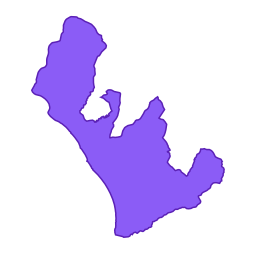 Suai, Cova Lima, East Timor (Albers equal-area conic projection), rotated 92°
{"feature_id": "22284137B60263836524270", "entity_name": "Suai", "entity_type": "district", "adm_level": 2, "iso_a3": "TLS", "parent_name": "East Timor", "parent_adm1": "Cova Lima", "projection": "albers", "projection_center": [125.311, -9.25], "detail": "fine", "context": "isolated", "style": "filled", "palette": "violet", "viewbox_px": 256, "rotation_deg": 92, "n_neighbors": 0, "source": "geoboundaries", "source_scale": "gbopen_adm2", "svg_char_len": 5886}
<svg xmlns="http://www.w3.org/2000/svg" viewBox="0 0 256 256"><g transform="rotate(92 128 128)"><path d="M158.2,32.7L156.4,33.7L155.9,34.2L154.9,37.3L153.7,39.7L150.2,41.6L148.5,42.9L147.5,44.2L146.7,45.9L146.8,48.5L146.5,49.8L146.0,51.0L146.4,52.5L146.5,54.6L148.6,54.9L149.8,55.5L150.9,56.2L151.8,57.9L152.2,58.2L154.7,58.9L156.0,60.3L156.7,60.3L157.1,60.1L157.2,60.6L157.4,60.8L159.0,60.4L159.7,60.8L163.5,62.1L164.8,62.1L165.6,63.0L166.5,63.5L167.2,64.2L169.3,64.8L170.2,65.7L171.6,66.4L173.2,66.7L174.0,67.7L174.0,68.0L172.2,70.1L170.2,73.1L168.5,74.1L168.2,74.5L167.9,75.4L167.9,76.5L168.9,79.1L168.8,79.4L165.5,82.6L165.0,83.7L163.7,85.2L161.0,87.4L159.8,87.2L155.2,85.0L154.3,85.0L153.3,85.4L152.3,85.4L151.8,85.6L151.4,86.0L150.6,87.6L150.1,87.7L149.7,86.5L148.7,85.2L147.9,85.5L146.0,87.0L144.0,87.5L143.1,88.2L142.2,88.4L140.4,89.6L137.0,92.7L136.2,93.1L135.2,92.2L134.7,92.1L133.8,91.5L131.2,90.7L128.3,90.1L123.1,89.5L122.7,89.6L122.2,90.1L121.0,90.8L118.6,92.9L118.3,93.6L118.0,95.7L117.0,97.4L108.3,92.1L105.6,93.7L101.8,95.0L99.7,96.7L98.6,98.5L97.8,98.9L96.8,98.9L95.8,99.5L97.4,101.7L99.2,103.3L100.5,105.7L101.6,106.8L102.3,107.2L102.9,107.0L104.1,107.5L105.3,107.6L107.3,108.4L108.5,109.3L109.8,111.2L110.6,111.9L113.3,113.1L117.5,115.5L118.7,116.5L119.5,118.0L119.8,119.9L120.2,120.4L120.5,120.8L121.8,121.4L124.2,123.3L125.6,128.2L127.2,130.6L127.9,131.4L131.1,133.1L135.7,134.1L136.8,135.2L137.5,138.0L137.9,140.8L137.7,141.7L137.7,143.0L138.4,145.4L138.4,145.7L137.9,145.9L135.3,145.7L132.7,144.8L130.5,144.4L126.9,142.4L125.3,142.5L124.4,143.1L123.4,143.3L119.1,140.2L117.3,139.3L115.8,138.7L109.7,137.5L107.5,138.1L105.3,137.2L103.1,136.7L101.2,137.1L98.6,137.1L94.2,136.7L93.5,136.9L93.0,137.7L92.0,143.1L90.7,145.7L90.5,147.3L90.7,149.2L91.6,150.1L92.1,150.9L92.5,151.0L93.6,150.4L94.0,149.8L94.3,149.8L95.1,150.2L95.7,151.7L95.8,153.1L96.9,154.4L97.8,155.1L98.2,156.1L98.6,155.2L99.0,153.6L101.6,150.5L102.6,148.8L102.9,147.9L103.3,147.7L109.3,145.8L111.4,144.7L111.7,144.7L112.2,145.6L112.8,146.0L114.5,147.7L115.0,147.8L116.0,147.3L116.8,147.9L117.0,148.2L116.9,148.5L116.0,149.2L115.9,149.5L116.5,149.6L117.6,149.4L117.9,149.5L118.1,149.7L117.8,150.2L116.9,150.3L116.8,150.7L117.1,151.0L118.2,150.9L118.5,151.0L118.7,151.8L118.7,152.2L117.3,152.8L117.3,153.3L117.8,153.7L117.9,154.7L118.7,155.5L119.5,155.2L119.7,155.4L119.5,155.9L119.7,157.3L120.0,157.6L121.0,157.7L121.6,157.9L121.4,159.2L121.6,159.6L122.6,159.3L123.1,160.1L123.3,161.1L123.2,161.6L122.8,161.7L122.8,161.1L122.6,161.1L122.4,161.9L121.4,163.6L121.8,166.3L122.6,169.5L122.1,170.3L121.3,171.3L120.2,172.1L116.8,173.4L114.8,176.3L114.5,176.3L114.0,176.6L112.5,176.7L112.0,175.9L110.1,175.1L109.7,174.7L109.7,174.1L109.4,173.5L108.4,173.1L107.0,173.2L106.5,173.0L106.4,171.9L104.8,170.7L104.5,170.6L103.1,171.0L101.8,170.1L101.4,170.3L100.6,170.2L99.9,169.4L98.8,169.3L97.0,167.8L96.9,167.3L95.8,166.6L94.8,166.6L93.7,167.1L93.3,166.8L93.2,165.7L92.7,164.6L92.1,164.1L90.1,163.9L88.7,163.1L88.4,163.1L86.3,163.7L83.7,164.1L78.8,164.3L77.8,164.1L76.5,163.1L75.3,162.7L71.6,163.2L69.9,163.2L67.4,164.3L66.8,164.3L58.1,161.2L57.1,160.3L56.7,159.1L52.8,156.9L48.7,152.9L46.5,152.5L45.0,153.3L43.8,154.4L41.9,157.0L41.4,157.1L40.9,156.6L40.5,156.6L40.1,156.8L39.3,157.5L36.5,157.8L35.5,160.5L33.8,162.2L30.2,163.9L28.2,165.5L25.7,168.1L24.2,171.4L22.9,174.9L21.8,176.6L20.5,179.1L20.0,181.7L19.0,182.8L18.8,183.6L18.7,188.8L19.2,189.9L21.1,192.9L21.8,193.7L23.2,194.6L27.5,196.1L30.7,196.0L31.9,196.2L33.9,196.0L34.5,196.2L35.6,197.2L36.6,197.8L43.0,198.9L43.5,199.6L44.4,202.2L45.4,206.7L46.2,207.6L48.3,209.4L49.9,210.0L52.2,210.3L55.2,210.0L57.0,210.2L61.0,211.4L62.9,211.6L66.8,211.4L67.9,211.6L69.3,212.5L70.1,213.3L71.3,216.3L71.9,217.1L72.8,217.9L74.8,219.3L76.0,219.8L82.9,221.4L84.6,221.1L85.9,221.2L87.5,222.6L88.9,223.1L93.6,225.5L95.3,224.7L97.0,222.9L97.8,221.3L98.8,216.7L99.9,214.6L101.8,211.8L104.2,209.4L106.6,207.8L110.0,206.9L111.0,206.9L112.0,207.1L115.1,208.5L116.0,208.3L116.9,207.8L119.1,205.9L122.4,201.6L123.1,200.3L123.5,198.9L124.5,196.7L125.3,195.7L126.0,194.2L129.4,189.8L131.8,187.5L133.5,186.1L133.7,185.6L134.5,184.9L135.0,185.0L136.5,183.3L139.4,180.7L144.5,176.8L148.3,175.2L149.6,175.0L150.8,173.6L153.8,171.5L156.0,169.9L159.7,167.9L160.7,167.6L161.7,167.5L162.3,167.6L162.4,167.9L162.7,167.9L162.8,167.3L163.4,166.7L165.8,164.9L167.4,164.0L167.5,163.5L168.5,163.3L169.5,162.8L170.2,161.8L170.9,161.8L175.8,156.5L180.2,152.6L184.9,148.9L189.4,146.0L193.8,143.5L199.6,140.8L205.1,138.9L209.6,137.9L212.2,137.5L213.5,137.2L215.2,137.2L218.8,136.8L221.0,136.9L222.0,136.6L222.6,137.0L226.1,136.8L228.2,136.9L229.3,137.5L230.8,137.7L231.8,137.5L232.7,137.5L235.2,136.7L236.7,129.3L237.2,128.8L237.3,128.4L236.7,123.9L235.9,122.4L234.8,121.9L234.1,121.2L234.0,120.6L234.4,120.0L232.9,119.1L232.3,118.3L231.9,116.7L232.6,115.9L232.8,114.9L231.7,113.8L230.6,112.5L230.3,111.6L230.8,110.2L230.8,109.3L229.5,107.7L228.8,107.4L228.4,105.4L227.7,104.4L226.9,103.9L226.3,101.8L225.8,101.1L225.4,100.9L224.2,101.1L223.0,100.4L221.0,100.2L220.7,99.8L220.5,98.5L219.7,97.4L219.3,96.3L218.9,95.7L217.4,94.7L216.4,93.1L216.2,91.6L215.5,90.4L213.6,88.6L213.4,87.2L211.3,84.8L210.8,82.5L209.8,80.2L207.8,78.2L207.6,77.7L207.5,75.5L206.6,74.0L206.1,72.3L205.4,71.1L205.5,70.0L205.3,68.3L206.5,66.5L206.6,64.5L206.2,62.3L205.1,60.3L204.7,58.0L204.3,57.1L202.3,55.8L200.7,53.5L200.1,53.1L199.2,52.8L198.4,52.9L195.0,55.0L194.2,55.3L193.4,55.2L192.5,52.7L192.0,52.3L191.1,52.2L190.1,51.3L189.5,50.4L187.9,47.3L187.1,46.2L186.2,45.5L185.8,44.5L185.3,44.0L184.2,43.4L182.6,43.2L181.4,42.3L180.0,40.9L179.6,39.1L179.6,37.5L180.1,34.5L178.2,33.5L177.9,33.3L177.6,32.5L176.8,32.5L175.4,32.9L172.2,31.3L170.2,31.3L168.7,30.5L168.1,30.7L166.0,30.5L164.6,31.1L163.2,33.0L162.0,33.1L161.3,32.6L159.1,33.2L158.3,33.0L158.2,32.7Z" fill="#8b5cf6" stroke="#5b21b6" stroke-width="1.5"/></g></svg>